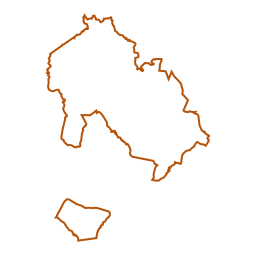 Huehuetlán el Chico, Puebla, Mexico
{"feature_id": "50627088B51636032472244", "entity_name": "Huehuetlán el Chico", "entity_type": "district", "adm_level": 2, "iso_a3": "MEX", "parent_name": "Mexico", "parent_adm1": "Puebla", "projection": "orthographic", "projection_center": [-98.73, 18.359], "detail": "fine", "context": "isolated", "style": "outline", "palette": "amber", "viewbox_px": 256, "rotation_deg": 0, "n_neighbors": 0, "source": "geoboundaries", "source_scale": "gbopen_adm2", "svg_char_len": 5667}
<svg xmlns="http://www.w3.org/2000/svg" viewBox="0 0 256 256"><path d="M93.0,15.9L92.0,18.5L91.6,18.7L90.9,18.4L90.0,18.5L87.6,19.5L87.2,19.3L84.5,15.4L84.2,16.4L83.2,17.5L83.6,18.1L83.8,19.0L83.4,21.4L84.0,21.8L84.4,23.4L85.6,23.7L86.9,24.2L86.9,24.7L87.8,26.4L87.7,27.4L87.9,28.3L87.7,28.3L87.4,29.0L86.5,29.0L86.2,28.6L83.6,30.4L83.5,31.3L82.5,31.1L82.4,31.5L81.4,32.2L81.3,32.9L80.5,33.6L79.9,34.4L78.1,34.8L77.0,34.6L76.6,35.0L76.4,35.5L74.2,37.1L74.3,38.0L73.5,37.6L63.7,44.4L62.5,44.6L62.3,44.8L62.3,45.4L50.1,54.0L50.5,55.0L50.4,55.6L50.0,56.6L49.4,57.3L49.4,58.0L48.9,58.5L48.8,58.8L49.7,60.4L49.7,61.1L49.3,61.5L48.4,63.3L48.9,64.1L50.2,65.1L50.7,65.9L50.7,66.4L48.8,68.2L48.2,68.5L47.3,69.4L47.2,69.8L47.9,70.8L47.7,71.9L47.0,73.0L47.5,73.2L49.0,72.7L49.1,73.0L48.4,74.5L48.1,75.5L49.5,76.6L49.5,77.2L48.4,79.1L48.7,82.9L48.4,84.2L48.1,87.0L48.5,88.3L49.0,89.2L48.9,89.5L50.8,90.8L52.2,91.2L54.0,91.0L55.5,90.1L56.6,89.8L58.3,89.7L58.9,90.2L59.5,92.2L59.9,93.0L60.5,93.6L61.3,93.9L61.6,94.4L61.3,95.4L61.4,96.3L62.6,98.4L63.4,99.4L64.6,99.3L64.8,100.2L64.7,101.1L64.3,101.5L63.0,101.6L62.7,102.0L63.9,103.7L64.5,105.4L64.0,106.7L63.4,107.9L63.3,109.4L63.7,110.6L64.9,112.7L66.5,114.9L66.9,115.6L66.8,116.2L66.3,116.7L65.7,116.7L65.0,118.1L65.2,119.0L62.4,130.1L62.3,132.1L61.5,135.5L61.4,138.4L61.7,139.0L63.7,140.2L64.1,141.7L66.6,144.3L67.9,145.2L69.0,144.9L71.1,145.2L72.0,145.5L73.8,146.8L75.1,147.1L75.9,147.4L76.2,147.0L77.5,146.8L78.1,146.6L78.3,146.3L79.5,146.7L79.8,146.5L80.2,146.2L80.4,145.5L80.2,144.9L80.1,143.3L80.3,142.4L81.2,140.8L81.9,133.8L83.2,130.2L82.8,129.7L83.0,128.3L83.8,127.3L84.5,126.7L85.0,125.8L85.8,125.5L86.2,124.6L86.3,123.8L81.7,115.1L90.3,115.2L96.2,110.7L96.3,111.9L96.8,113.0L98.1,111.9L99.8,112.3L101.5,114.0L103.4,116.6L106.7,122.0L107.1,123.5L107.0,124.3L107.2,125.6L107.6,126.3L108.9,127.0L111.4,130.4L111.6,130.9L111.2,131.8L111.6,132.0L111.9,132.0L113.4,130.9L114.0,130.7L114.9,131.0L115.1,131.2L115.0,131.7L114.5,132.3L115.1,133.0L115.9,132.7L116.2,132.9L116.4,133.2L115.7,134.0L116.8,135.0L118.1,137.4L118.7,137.7L119.4,137.3L119.8,137.4L120.6,138.1L120.9,138.5L121.2,139.8L122.8,140.6L122.7,141.2L123.1,141.5L123.8,141.5L124.4,142.3L125.6,142.9L126.0,144.2L126.4,144.4L127.5,144.0L128.0,144.5L128.6,145.8L129.3,146.7L130.5,149.6L130.0,153.8L130.3,154.8L131.4,155.9L132.5,156.8L153.1,160.8L154.0,162.1L154.8,163.9L155.4,164.1L157.3,165.2L155.7,166.8L155.4,167.9L154.8,169.0L154.5,170.8L153.7,173.5L153.6,175.0L153.8,176.8L153.7,177.6L152.3,179.9L156.1,180.7L159.0,180.5L159.9,179.5L161.6,178.5L162.5,178.2L164.3,177.1L165.6,175.1L166.6,174.2L166.6,172.9L167.6,172.5L168.4,171.8L168.1,171.4L168.3,171.0L169.1,170.9L169.6,170.5L169.4,170.2L168.3,170.4L168.2,169.8L168.9,168.7L170.0,168.1L169.2,167.4L169.5,167.1L170.4,167.3L171.4,166.2L173.0,165.1L173.7,164.9L174.4,164.3L174.8,163.8L175.1,162.2L176.5,163.1L177.5,162.9L178.4,163.0L180.2,163.9L180.7,163.9L181.4,161.7L181.5,159.3L182.4,154.9L183.1,153.8L185.0,151.8L187.0,150.6L190.0,150.1L190.3,149.5L192.5,147.6L194.0,146.6L195.0,144.5L196.7,142.2L197.4,142.1L198.0,142.3L200.1,143.8L201.1,144.2L201.9,144.1L203.1,144.5L203.8,144.5L205.8,145.7L208.6,141.0L208.8,139.8L207.8,139.2L207.4,138.0L207.8,137.3L208.9,136.5L209.0,135.8L208.6,135.4L206.3,134.2L205.3,133.2L204.4,132.7L204.3,132.4L204.7,131.9L204.5,131.6L202.3,131.0L201.8,130.5L199.6,125.5L198.3,115.6L197.8,114.8L197.2,114.3L194.3,113.2L195.4,111.9L193.3,112.1L191.4,111.8L190.5,111.4L189.6,111.3L188.3,112.1L185.5,111.8L185.1,111.7L184.3,111.0L183.6,110.8L183.5,110.3L188.0,100.1L182.3,94.0L182.5,92.8L182.8,90.3L180.7,83.2L173.7,75.7L171.7,71.7L168.6,79.1L165.7,71.3L159.2,70.7L159.6,69.1L160.0,64.3L161.7,60.0L161.6,59.3L161.0,59.0L159.2,59.1L158.1,58.9L156.9,59.2L155.5,58.9L155.1,59.4L154.6,59.5L153.3,59.4L151.6,61.1L151.5,62.2L152.1,62.9L153.7,63.8L153.6,64.4L151.8,64.9L150.7,64.9L149.6,64.1L149.3,63.6L148.8,63.3L145.3,63.0L144.6,63.2L143.5,64.5L141.9,65.8L141.3,66.5L141.0,67.3L142.8,69.7L143.1,70.2L142.9,70.8L142.4,71.0L141.7,70.8L140.9,70.0L139.9,68.6L139.6,68.5L138.3,68.8L137.7,69.4L137.3,69.3L137.1,69.1L137.1,68.7L137.7,68.0L137.4,66.8L135.4,64.4L135.0,61.4L135.3,60.9L135.4,60.3L135.2,58.6L135.3,58.0L136.0,57.6L137.8,57.4L138.4,56.9L138.5,56.1L138.2,53.8L137.9,53.2L137.5,52.9L134.6,52.6L134.1,52.0L134.4,49.9L133.8,48.2L133.6,47.4L134.4,46.2L135.1,45.5L135.4,44.8L135.5,44.1L135.1,43.1L132.1,41.5L129.5,41.0L129.5,39.9L129.3,39.8L128.3,40.6L127.9,40.7L127.3,39.2L126.6,38.9L125.9,39.0L126.1,37.9L125.9,37.7L125.0,37.9L124.2,37.6L123.9,37.3L123.3,35.9L121.4,35.0L119.9,34.9L118.5,34.0L116.5,31.7L115.0,30.8L114.8,29.3L114.3,27.9L114.3,27.0L113.8,25.8L113.0,25.3L112.8,24.2L112.3,23.6L112.1,22.6L112.5,20.6L112.2,20.2L111.5,20.1L111.2,17.4L110.7,17.3L109.6,18.2L105.2,18.6L105.1,18.8L103.8,18.7L103.3,20.7L100.9,22.3L100.2,21.9L99.6,20.5L99.2,19.9L96.0,19.5L95.8,18.2L94.9,17.0L94.5,15.7L93.0,15.9ZM73.4,234.6L73.8,234.1L74.3,234.2L74.6,234.5L74.9,235.4L76.0,235.2L76.3,236.0L76.8,236.2L77.5,237.0L78.1,238.0L78.2,240.6L96.3,238.1L97.4,232.3L97.9,231.2L97.9,230.5L99.0,229.3L99.1,228.5L100.1,228.0L100.2,227.2L100.8,226.8L100.6,226.3L100.9,225.6L102.8,224.7L103.0,223.6L102.7,223.4L103.1,222.3L105.1,221.5L106.5,218.9L108.9,216.8L109.8,215.4L109.8,213.0L109.4,212.0L108.8,211.5L97.2,208.0L95.4,208.0L94.0,207.7L92.7,208.2L88.4,207.7L85.7,208.1L83.7,207.1L81.8,205.8L75.9,203.8L75.0,202.9L73.5,202.3L71.2,200.7L68.9,199.5L67.8,199.2L66.9,199.3L64.3,201.7L55.9,217.5L57.2,217.4L57.7,217.6L61.0,220.9L63.8,222.6L64.5,223.3L65.5,225.1L66.0,225.6L66.5,226.8L67.4,227.7L68.8,229.6L69.3,230.2L70.8,230.6L71.9,231.2L73.0,233.4L73.4,234.6Z" fill="none" stroke="#b45309" stroke-width="2"/></svg>